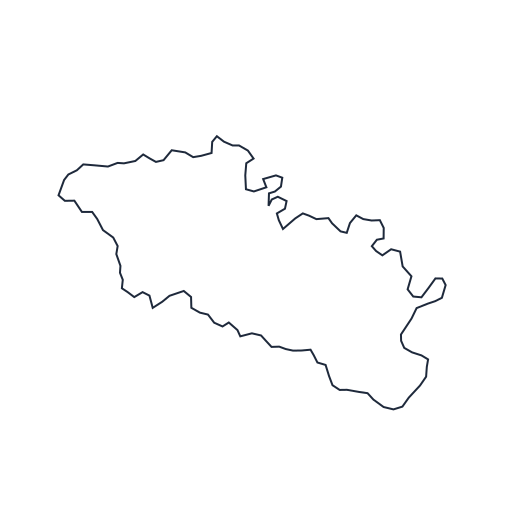 Barra do Jacaré, Paraná, Brazil (Albers equal-area conic projection), rotated 206°
{"feature_id": "56859067B98278959949499", "entity_name": "Barra do Jacaré", "entity_type": "district", "adm_level": 2, "iso_a3": "BRA", "parent_name": "Brazil", "parent_adm1": "Paraná", "projection": "albers", "projection_center": [-50.163, -23.108], "detail": "fine", "context": "isolated", "style": "outline", "palette": "slate", "viewbox_px": 512, "rotation_deg": 206, "n_neighbors": 0, "source": "geoboundaries", "source_scale": "gbopen_adm2", "svg_char_len": 1867}
<svg xmlns="http://www.w3.org/2000/svg" viewBox="0 0 512 512"><g transform="rotate(206 256 256)"><path d="M56.0,238.5L63.7,239.2L73.5,237.8L82.5,238.4L88.4,243.4L91.3,249.0L88.8,267.9L88.8,279.6L80.6,288.6L75.2,293.9L70.6,299.9L72.8,313.0L78.7,317.4L84.9,314.5L86.9,303.0L89.2,291.4L96.9,288.5L105.1,292.5L107.4,305.9L113.0,308.2L119.6,310.9L128.4,323.1L137.5,321.3L142.7,312.0L150.2,313.1L156.2,315.6L154.5,323.6L149.0,327.7L153.5,337.2L160.4,342.5L167.6,338.6L175.8,336.2L183.7,336.5L186.0,326.8L184.6,316.6L190.8,315.2L201.9,318.7L207.5,321.8L217.9,315.6L226.1,315.5L232.6,314.8L237.2,307.0L243.6,292.1L251.2,298.2L255.9,303.4L250.7,311.2L252.6,318.8L262.4,318.8L266.6,313.7L266.7,306.6L271.8,318.0L267.3,322.2L264.0,329.3L266.7,337.9L273.4,337.2L283.3,328.3L276.8,322.3L286.2,313.1L294.3,311.6L301.0,323.8L305.4,335.1L300.9,342.5L309.5,347.2L319.8,347.9L325.4,345.1L334.9,344.7L343.7,346.5L345.4,339.4L341.1,329.1L349.2,322.0L355.8,317.3L365.0,318.1L378.1,314.1L381.1,301.6L387.2,296.7L394.4,297.1L401.9,297.8L406.1,288.5L415.3,281.4L421.2,279.0L428.3,271.5L440.4,266.9L451.4,262.6L454.6,254.5L460.4,247.0L461.8,240.2L460.1,224.0L452.0,221.8L443.5,226.1L431.8,219.3L422.6,223.8L415.0,219.7L404.9,212.2L392.4,210.0L384.7,204.3L382.4,196.5L373.5,187.7L370.9,181.3L365.3,176.2L362.4,168.2L355.6,167.3L347.4,165.7L342.1,173.8L334.4,173.7L326.1,164.1L320.2,173.8L316.3,182.3L305.6,192.9L296.4,190.7L291.4,181.1L281.6,180.5L273.5,182.3L264.3,177.7L255.2,178.0L251.3,184.3L240.2,181.3L234.9,176.9L225.8,184.7L216.6,186.8L210.4,184.3L202.2,181.1L195.4,184.7L188.5,185.4L181.2,187.2L173.5,191.1L165.9,195.7L160.7,192.2L154.1,187.2L145.7,188.6L137.8,180.2L130.6,173.4L122.1,172.3L115.6,175.6L103.4,179.1L95.6,181.6L87.5,178.4L75.1,176.2L65.2,178.4L58.4,184.8L56.6,195.7L51.8,211.5L50.2,222.1L53.9,231.3L56.0,238.5Z" fill="none" stroke="#1e293b" stroke-width="2"/></g></svg>